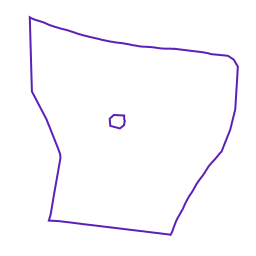 outline of Tuban, Lahij, Yemen, rotated 94°
{"feature_id": "15242507B16919721159288", "entity_name": "Tuban", "entity_type": "district", "adm_level": 2, "iso_a3": "YEM", "parent_name": "Yemen", "parent_adm1": "Lahij", "projection": "mercator", "projection_center": [44.806, 13.084], "detail": "fine", "context": "isolated", "style": "outline", "palette": "violet", "viewbox_px": 256, "rotation_deg": 94, "n_neighbors": 0, "source": "geoboundaries", "source_scale": "gbopen_adm2", "svg_char_len": 2475}
<svg xmlns="http://www.w3.org/2000/svg" viewBox="0 0 256 256"><g transform="rotate(94 128 128)"><path d="M225.9,200.5L225.7,190.6L225.9,187.3L226.3,178.5L227.0,166.3L229.0,125.9L231.4,79.0L231.6,78.1L231.0,77.8L227.9,76.5L227.7,76.5L224.4,75.6L221.1,74.6L217.7,73.6L214.3,72.2L211.3,70.7L207.9,69.1L204.8,67.6L201.6,66.5L198.2,65.2L194.9,63.7L191.7,62.2L188.7,60.4L185.6,58.7L182.5,57.3L179.1,55.7L176.0,53.9L173.0,52.0L170.2,50.1L167.1,48.3L164.0,46.7L160.8,45.0L157.8,42.9L155.0,40.6L152.2,38.4L149.2,36.3L146.4,34.3L145.0,33.0L137.6,30.7L122.6,25.9L101.8,22.3L78.5,22.5L75.7,22.5L67.6,22.6L61.1,22.7L59.1,22.7L52.3,27.4L52.1,27.8L49.0,33.4L48.9,36.1L48.5,50.6L47.9,52.8L47.2,59.0L46.2,78.5L45.7,87.6L45.9,87.6L45.9,88.1L45.9,89.2L45.9,90.3L45.9,91.4L46.0,92.8L46.1,94.0L46.2,95.2L46.2,96.5L46.3,97.7L46.3,98.8L46.3,100.1L46.3,101.2L46.2,102.4L46.1,103.8L46.0,105.0L45.9,106.4L45.8,107.6L45.8,108.8L45.7,109.9L45.7,111.3L45.7,111.7L45.7,112.7L45.7,113.9L45.7,115.3L45.7,116.5L45.8,117.9L45.8,119.3L45.8,120.7L45.7,122.1L45.6,123.5L45.4,124.7L45.3,125.9L45.2,127.1L45.1,128.3L45.0,129.4L44.8,130.7L44.6,132.1L44.4,133.3L44.3,134.9L44.2,136.0L44.0,137.1L43.9,138.4L43.8,139.6L43.7,140.8L43.7,142.2L43.6,143.3L43.6,144.5L43.5,145.8L43.4,147.0L43.3,148.3L43.1,149.7L43.1,150.8L43.0,151.9L42.8,153.2L42.6,154.4L42.5,155.5L42.3,156.7L42.1,158.2L42.0,159.3L41.8,160.6L41.5,161.8L41.3,162.9L41.1,164.3L40.9,165.5L40.7,166.7L40.5,168.1L40.3,169.5L40.0,171.0L39.9,172.0L39.7,173.2L39.5,174.3L39.2,175.7L39.0,177.0L38.8,178.2L38.6,179.4L38.3,180.6L38.1,181.8L37.9,182.9L37.6,184.2L37.3,185.2L37.0,186.5L36.6,187.6L36.3,188.9L36.0,190.2L35.7,191.3L35.4,192.4L35.1,193.7L34.8,194.9L34.5,196.1L34.3,197.3L34.1,198.6L33.9,199.8L33.7,200.9L33.5,202.1L33.2,203.4L32.9,204.5L32.6,206.0L32.4,207.1L32.1,208.2L31.8,209.5L31.4,210.7L31.2,211.8L30.9,212.9L30.6,214.0L30.2,215.1L29.7,216.4L29.3,217.5L28.9,218.6L28.5,219.8L28.2,220.9L27.9,222.2L27.6,223.4L27.3,224.6L27.1,225.9L26.8,227.0L26.5,228.2L26.2,229.3L25.8,230.4L25.4,231.5L25.0,232.5L24.5,233.5L24.4,233.7L91.2,227.1L98.3,226.4L124.9,210.0L131.1,207.0L131.9,206.6L152.1,196.9L154.4,195.8L154.5,195.8L157.4,194.5L159.1,193.8L160.5,193.6L162.6,193.3L177.2,194.8L179.8,195.1L190.4,196.2L193.0,196.5L200.7,197.3L212.2,198.4L220.2,199.2L223.5,200.0L224.1,200.1L225.9,200.5ZM116.0,143.1L115.8,132.7L119.7,132.4L121.0,131.7L125.5,132.2L129.0,136.1L127.1,145.8L120.0,146.9L116.0,143.1Z" fill="none" stroke="#5b21b6" stroke-width="2"/></g></svg>